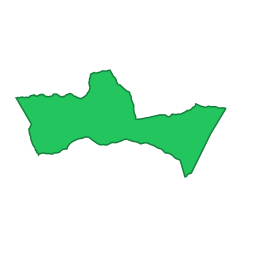 Balambala, North-Eastern, Kenya, rotated 344°
{"feature_id": "3690345B82306211866493", "entity_name": "Balambala", "entity_type": "district", "adm_level": 2, "iso_a3": "KEN", "parent_name": "Kenya", "parent_adm1": "North-Eastern", "projection": "orthographic", "projection_center": [39.23, -0.023], "detail": "fine", "context": "isolated", "style": "filled", "palette": "green", "viewbox_px": 256, "rotation_deg": 344, "n_neighbors": 0, "source": "geoboundaries", "source_scale": "gbopen_adm2", "svg_char_len": 5552}
<svg xmlns="http://www.w3.org/2000/svg" viewBox="0 0 256 256"><g transform="rotate(344 128 128)"><path d="M150.4,123.6L148.2,123.3L145.0,123.1L141.8,122.7L138.0,121.9L137.9,121.1L138.0,120.8L138.4,119.5L138.5,118.5L138.5,117.7L138.2,116.4L138.1,115.8L138.1,114.8L138.4,113.6L138.5,111.8L138.7,110.7L139.5,108.7L139.8,107.7L139.4,105.6L139.4,104.4L139.2,102.8L139.2,101.9L139.1,101.2L139.5,99.1L139.6,98.2L139.5,97.7L139.2,96.6L139.3,94.1L139.3,93.9L139.1,93.7L137.3,92.3L136.8,91.8L136.1,90.7L135.7,90.0L134.9,89.2L134.7,88.8L134.3,87.7L134.1,87.4L133.3,86.5L132.6,85.0L132.2,84.6L131.2,84.0L130.9,83.7L130.6,83.4L130.4,82.9L130.0,82.1L129.8,81.3L129.9,79.0L129.8,77.9L129.2,75.8L128.2,74.3L128.0,73.8L127.9,73.5L127.7,71.9L127.1,69.7L126.8,67.8L126.7,67.4L126.3,67.4L125.5,67.3L124.3,67.3L123.4,67.5L123.0,67.4L122.5,67.1L121.5,66.9L120.3,66.6L119.6,66.2L119.3,66.1L118.9,66.1L116.4,66.6L115.6,66.7L114.5,66.4L113.5,66.5L112.5,66.5L111.7,66.2L110.9,65.4L110.5,65.3L110.1,65.4L109.2,65.5L108.4,65.8L107.5,65.8L107.2,65.9L106.7,66.3L106.7,67.0L106.1,67.8L105.6,68.9L104.5,70.2L104.3,71.4L104.1,71.8L103.5,72.4L103.4,73.0L103.0,73.5L103.1,74.0L102.8,74.6L102.8,75.5L102.6,76.4L102.6,76.6L102.8,76.9L102.8,77.3L102.6,78.8L102.2,79.2L102.0,80.0L101.6,80.5L101.5,80.8L101.3,81.2L100.7,81.6L100.3,82.2L99.8,82.7L99.5,82.6L99.4,82.7L99.0,83.0L98.7,83.2L98.4,83.6L98.1,83.8L97.7,84.4L97.4,84.7L97.1,84.9L96.1,85.2L95.4,85.7L94.5,85.7L94.3,85.9L94.0,86.3L93.9,86.4L92.5,86.5L91.8,86.6L91.5,86.5L91.3,86.5L90.6,86.7L90.2,86.7L89.8,86.4L89.4,86.3L89.3,86.2L89.1,85.8L88.7,85.4L88.1,84.7L87.2,84.6L86.4,83.4L86.1,83.0L85.4,82.9L85.1,82.8L84.3,81.4L83.7,80.6L82.8,79.6L81.7,78.8L80.8,78.8L80.5,78.9L80.0,79.3L79.7,79.3L78.8,79.0L78.2,79.0L77.8,79.1L77.4,79.5L76.4,79.8L75.8,80.0L75.3,79.8L75.1,79.8L74.8,80.1L74.1,80.2L73.8,80.4L73.6,80.4L73.3,80.3L73.0,79.6L72.4,79.3L72.1,79.3L71.8,79.4L71.7,79.4L70.5,77.8L70.1,77.6L69.6,76.6L69.5,76.4L68.8,75.9L68.0,75.5L67.0,75.3L66.3,75.0L65.8,75.0L65.3,75.1L65.1,75.4L64.9,75.9L64.5,76.1L63.8,76.2L63.3,76.4L63.1,76.3L62.2,76.3L61.9,76.2L60.9,76.0L60.5,76.1L59.6,75.9L59.1,75.5L58.4,75.4L58.2,75.2L57.5,75.0L57.4,74.9L57.3,74.6L57.1,74.3L56.7,74.0L56.4,73.3L56.0,73.0L55.7,72.4L55.5,72.2L53.7,72.1L53.4,71.7L53.2,71.6L52.6,71.6L52.3,71.8L51.8,71.9L51.4,72.1L50.9,72.0L50.6,72.1L50.4,72.2L49.9,72.3L49.1,72.3L48.7,71.9L48.3,72.0L47.9,71.7L47.4,70.8L46.9,70.4L46.6,70.1L46.2,70.4L45.6,70.5L45.0,70.3L44.5,70.3L43.3,70.1L42.0,70.8L41.8,71.1L41.5,71.3L40.7,71.3L39.7,70.7L38.7,70.4L38.2,70.3L37.8,70.4L37.1,70.3L36.9,70.3L36.3,69.9L35.6,69.7L35.1,69.2L34.5,69.0L33.9,69.2L33.3,68.9L32.7,69.0L32.3,69.0L31.8,69.2L30.9,68.4L30.6,68.3L30.0,68.4L29.6,68.4L29.1,68.4L28.8,68.3L29.6,71.4L29.9,72.2L29.9,72.7L31.8,80.2L32.1,81.2L33.4,86.2L33.4,86.8L34.4,90.3L34.5,90.7L35.9,96.3L36.0,98.0L35.9,98.2L33.1,101.3L32.9,101.4L32.6,101.5L32.1,103.3L32.2,104.0L32.1,105.2L31.8,105.9L31.7,106.2L31.9,107.3L31.8,108.2L32.0,109.4L31.9,110.3L31.7,110.8L31.5,111.3L31.6,111.9L31.8,113.2L31.6,113.8L31.6,114.3L31.8,115.1L31.8,117.0L32.1,118.4L32.6,119.9L32.8,120.5L33.1,121.0L33.2,122.0L33.3,122.3L33.3,122.5L33.0,123.4L32.9,123.9L33.5,124.7L33.8,124.8L33.9,125.0L33.7,125.5L33.8,126.1L33.6,126.5L34.1,127.0L34.6,127.5L34.5,128.1L34.7,128.5L34.6,129.1L35.3,128.7L36.5,128.5L38.8,128.5L39.6,128.7L41.3,129.5L42.6,130.2L44.0,130.5L45.9,131.2L46.4,131.4L47.2,131.9L47.8,132.1L48.7,132.1L49.9,131.8L51.3,131.8L52.7,132.3L55.2,132.4L57.9,131.1L58.7,130.8L59.5,130.7L60.4,130.7L63.4,131.3L63.6,131.2L64.5,129.7L65.1,129.0L66.3,128.0L68.0,126.9L68.9,126.5L70.4,125.9L73.1,125.3L76.0,124.9L77.4,124.8L78.9,124.8L79.9,125.0L80.6,125.3L81.9,125.2L83.2,125.0L84.3,125.0L85.8,125.2L86.5,125.5L87.7,126.2L88.4,126.9L90.1,129.3L94.5,134.7L96.1,136.1L96.6,136.4L97.4,136.7L99.2,137.0L99.8,137.2L101.5,138.0L102.4,138.3L103.4,138.4L104.0,138.4L105.8,138.0L107.1,137.7L108.7,137.6L110.1,138.0L112.1,138.7L113.1,138.8L118.3,138.5L119.8,138.2L121.1,138.0L122.2,138.1L123.3,138.3L123.8,138.4L124.7,139.0L126.3,140.3L128.8,142.1L129.7,142.5L131.2,143.1L132.4,143.7L133.5,144.5L135.0,146.1L135.2,146.3L135.9,146.7L136.4,146.8L139.4,146.8L140.0,146.9L140.7,147.0L141.8,147.4L142.7,148.0L145.6,150.4L147.0,151.2L147.9,151.9L149.4,153.5L150.9,155.1L151.4,155.6L153.2,156.7L154.2,157.4L155.0,158.4L156.5,161.6L156.9,162.1L157.7,162.6L158.9,162.9L159.9,163.4L161.4,164.6L162.5,165.6L163.4,166.8L164.8,169.4L165.2,170.1L166.2,171.0L168.0,172.2L168.6,172.7L169.3,173.5L169.3,190.7L170.0,190.7L170.9,190.5L171.4,190.2L171.6,189.8L172.0,189.4L172.6,189.1L173.1,188.9L174.2,188.9L175.3,188.7L176.2,188.8L176.5,188.7L205.2,157.0L206.0,156.1L226.6,137.0L226.9,136.7L227.2,136.1L226.0,135.3L225.0,134.9L223.6,134.6L223.0,134.3L222.0,134.3L221.0,134.1L220.7,133.9L220.1,133.2L219.7,132.8L217.7,131.6L217.0,131.3L216.4,131.2L215.7,131.0L214.8,130.8L213.8,130.5L212.7,130.0L211.3,129.2L210.9,129.2L209.7,129.5L208.7,129.5L208.3,129.4L207.4,129.1L206.8,128.6L204.7,127.5L203.9,127.0L202.4,125.7L201.3,124.7L200.4,124.0L199.9,123.5L199.3,124.6L198.5,125.5L197.8,125.8L197.4,125.9L197.0,125.9L196.0,126.1L195.6,126.3L194.1,127.3L193.4,127.6L192.9,127.8L191.8,127.7L190.7,127.9L190.3,127.9L189.7,127.5L189.4,127.4L188.9,127.8L188.0,128.2L182.4,129.2L181.6,129.1L180.3,128.5L179.2,128.4L178.0,128.3L177.2,128.1L175.8,127.5L174.9,127.2L174.4,126.8L174.2,127.1L173.8,127.2L173.7,127.2L173.4,127.6L173.0,127.8L172.6,127.8L172.4,128.1L170.2,128.5L169.6,128.4L167.6,125.9L164.7,124.8L164.1,124.8L163.1,124.6L162.7,124.2L150.4,123.6Z" fill="#22c55e" stroke="#15803d" stroke-width="1.5"/></g></svg>